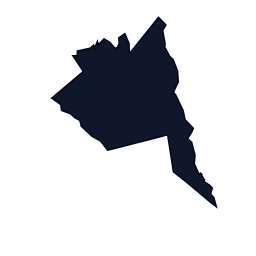 Lancaster, South Carolina, United States of America, rotated 165°
{"feature_id": "52423323B10055621117527", "entity_name": "Lancaster", "entity_type": "district", "adm_level": 2, "iso_a3": "USA", "parent_name": "United States of America", "parent_adm1": "South Carolina", "projection": "orthographic", "projection_center": [-80.794, 34.767], "detail": "fine", "context": "isolated", "style": "filled", "palette": "ink", "viewbox_px": 256, "rotation_deg": 165, "n_neighbors": 0, "source": "geoboundaries", "source_scale": "gbopen_adm2", "svg_char_len": 1448}
<svg xmlns="http://www.w3.org/2000/svg" viewBox="0 0 256 256"><g transform="rotate(165 128 128)"><path d="M193.9,176.6L186.8,167.8L187.7,162.2L180.0,156.7L176.8,151.8L172.7,147.9L172.4,142.9L172.9,142.2L164.9,129.3L157.9,122.5L153.4,111.8L137.7,111.6L136.5,111.6L131.6,111.5L131.1,111.5L124.7,111.5L121.2,111.4L110.0,111.3L98.2,111.2L96.6,111.2L91.4,111.2L91.6,109.8L92.1,105.3L94.3,84.8L95.5,74.0L89.1,65.4L85.1,60.0L80.2,53.0L72.3,41.7L68.7,36.5L68.6,36.4L63.0,29.0L63.1,38.5L65.3,42.9L62.1,48.2L64.0,51.7L68.4,56.6L67.4,58.2L67.5,58.4L67.8,58.4L67.8,58.5L67.7,58.7L67.7,58.8L67.9,59.1L68.0,59.3L68.1,59.6L68.2,60.0L68.3,60.3L68.2,60.6L68.3,60.8L68.4,61.1L68.7,61.3L68.8,61.4L68.7,61.6L68.8,61.8L68.8,62.0L69.0,62.4L69.0,62.6L69.2,62.8L69.2,63.0L69.0,63.4L68.7,63.6L68.7,63.9L68.6,64.3L68.7,64.5L69.0,64.7L69.2,64.4L69.2,64.2L69.3,64.1L69.6,64.4L69.7,64.5L69.9,65.5L70.1,65.3L70.3,65.2L70.5,65.1L70.7,64.9L70.9,64.7L71.1,64.6L71.3,64.6L73.2,76.2L70.3,84.5L70.2,97.7L73.2,102.3L67.5,107.5L65.0,110.8L70.8,121.3L70.2,130.6L73.4,147.5L74.9,150.8L67.5,159.5L65.4,170.2L66.7,182.5L69.1,186.3L71.6,196.5L70.4,199.6L69.2,213.4L64.7,217.7L69.9,227.0L105.7,200.7L107.2,200.8L105.1,209.4L106.6,219.9L113.6,217.5L114.7,211.8L117.6,208.3L120.0,208.5L123.5,215.6L128.1,220.3L135.0,216.2L135.1,219.6L139.9,213.4L139.8,217.0L143.8,214.9L157.0,215.5L158.3,211.0L162.6,212.1L156.5,194.2L193.9,176.6Z" fill="#0f172a" stroke="#020617" stroke-width="1.5"/></g></svg>